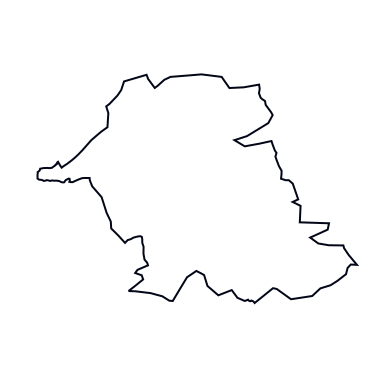 Gombi, Adamawa, Nigeria (Equal Earth projection), rotated 260°
{"feature_id": "59680162B13073760931893", "entity_name": "Gombi", "entity_type": "district", "adm_level": 2, "iso_a3": "NGA", "parent_name": "Nigeria", "parent_adm1": "Adamawa", "projection": "equal_earth", "projection_center": [12.487, 10.209], "detail": "fine", "context": "isolated", "style": "outline", "palette": "ink", "viewbox_px": 384, "rotation_deg": 260, "n_neighbors": 0, "source": "geoboundaries", "source_scale": "gbopen_adm2", "svg_char_len": 2534}
<svg xmlns="http://www.w3.org/2000/svg" viewBox="0 0 384 384"><g transform="rotate(260 192 192)"><path d="M105.5,112.2L104.1,118.8L99.6,133.7L97.5,138.1L94.5,144.6L88.9,150.8L88.0,154.1L102.4,166.6L108.9,172.3L113.5,182.6L109.9,187.3L108.1,189.5L96.8,190.9L85.7,200.0L88.5,214.1L79.9,218.4L75.5,225.1L76.2,228.5L75.3,228.9L74.5,230.0L74.3,230.8L74.8,231.6L73.8,233.2L72.9,233.9L71.8,234.4L83.2,255.1L81.8,258.6L69.2,270.9L68.7,292.3L74.8,301.7L76.1,312.2L79.1,319.5L84.3,329.4L90.3,332.1L93.0,335.8L91.6,341.8L102.9,335.3L110.3,332.0L113.1,331.8L115.8,317.5L119.4,307.4L126.6,300.5L131.4,319.1L137.4,321.5L143.4,292.9L159.0,296.4L159.5,296.5L164.7,289.4L166.3,295.3L182.7,292.7L186.8,289.4L187.4,286.2L189.6,282.0L194.2,283.3L197.4,283.9L202.4,282.1L208.7,280.9L212.4,280.3L215.8,282.0L218.5,280.8L224.3,279.7L228.4,279.1L227.9,267.1L227.8,251.9L235.7,242.8L237.5,255.9L246.6,279.1L253.7,284.8L256.7,283.8L265.0,279.7L268.9,279.7L270.2,278.4L270.9,277.6L272.8,276.0L277.6,275.1L281.9,276.6L286.1,276.7L286.1,261.2L287.9,246.9L295.6,243.3L300.2,241.2L304.0,228.9L306.2,221.7L306.4,219.6L307.0,212.9L309.1,190.8L307.3,184.2L302.7,176.9L300.9,173.4L311.0,168.4L315.3,167.6L312.7,144.3L304.7,140.0L299.9,135.3L293.1,126.1L291.2,122.4L284.2,123.3L270.5,120.0L267.3,113.3L264.1,107.8L260.5,101.8L252.3,91.5L248.7,86.6L246.0,82.4L245.2,81.0L243.6,78.2L242.6,76.2L241.4,73.9L239.6,69.7L238.6,67.9L239.4,67.5L240.0,67.2L241.4,66.6L245.0,65.3L244.9,65.1L244.7,64.8L244.4,64.3L244.1,64.2L243.7,64.2L243.2,64.0L242.9,63.7L242.7,63.3L242.9,62.9L242.7,62.4L242.1,62.1L241.4,61.0L241.2,60.1L240.2,58.5L240.2,56.1L240.9,53.3L241.2,50.8L241.4,49.8L241.3,48.3L241.3,46.5L239.6,45.7L238.3,43.4L237.3,43.4L235.6,42.8L234.3,42.6L233.0,42.4L232.0,42.2L230.8,43.5L230.4,44.6L230.1,45.8L229.5,47.0L228.7,47.8L228.6,49.3L228.9,51.0L228.4,52.4L227.5,54.4L227.7,56.2L227.0,58.4L226.7,60.7L225.7,63.4L224.5,64.9L223.8,66.7L223.8,67.9L224.7,68.7L225.6,69.7L226.2,71.4L226.6,72.6L226.3,73.7L224.7,73.7L223.3,73.0L222.7,74.6L222.4,76.3L222.8,77.5L223.5,80.2L224.1,82.8L224.7,86.0L224.4,89.1L224.0,91.2L223.6,93.6L221.3,93.4L219.3,93.8L214.9,94.7L202.6,102.1L186.3,104.3L177.0,106.9L170.1,106.1L161.6,112.1L153.5,117.2L155.8,120.3L156.0,121.9L156.2,123.6L157.2,126.3L157.5,129.2L157.6,131.9L157.4,133.5L156.5,134.8L154.2,134.8L150.6,134.2L146.5,134.8L139.7,133.5L133.8,133.5L133.7,133.5L131.5,134.8L130.1,135.6L127.4,135.9L124.8,124.8L122.1,122.0L118.7,128.0L114.4,128.7L109.0,119.0L105.5,112.3L105.5,112.2Z" fill="none" stroke="#020617" stroke-width="2"/></g></svg>